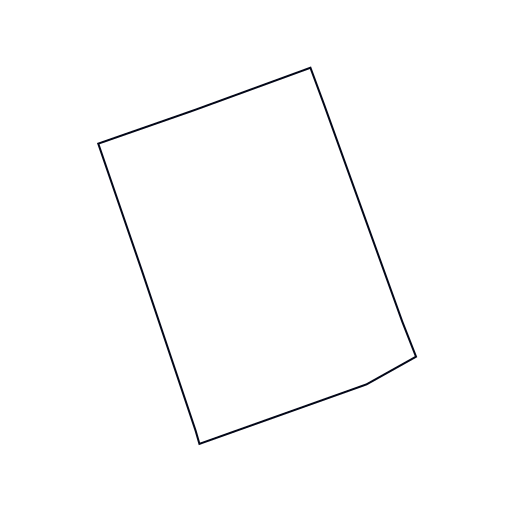 outline of McLennan, Texas, United States of America, rotated 281°
{"feature_id": "52423323B56606150013880", "entity_name": "McLennan", "entity_type": "district", "adm_level": 2, "iso_a3": "USA", "parent_name": "United States of America", "parent_adm1": "Texas", "projection": "albers", "projection_center": [-97.233, 31.554], "detail": "fine", "context": "isolated", "style": "outline", "palette": "ink", "viewbox_px": 512, "rotation_deg": 281, "n_neighbors": 0, "source": "geoboundaries", "source_scale": "gbopen_adm2", "svg_char_len": 295}
<svg xmlns="http://www.w3.org/2000/svg" viewBox="0 0 512 512"><g transform="rotate(281 256 256)"><path d="M151.1,389.0L187.7,432.3L219.5,412.1L417.7,293.9L451.2,273.5L387.3,167.4L336.2,79.7L220.0,146.7L72.9,230.1L60.8,236.3L151.1,389.0Z" fill="none" stroke="#020617" stroke-width="2"/></g></svg>